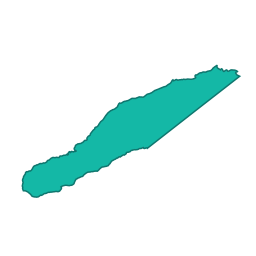 outline of Rio Cuarto, Alajuela, Costa Rica, rotated 52°
{"feature_id": "36466004B916692676755", "entity_name": "Rio Cuarto", "entity_type": "district", "adm_level": 2, "iso_a3": "CRI", "parent_name": "Costa Rica", "parent_adm1": "Alajuela", "projection": "equal_earth", "projection_center": [-84.219, 10.409], "detail": "fine", "context": "isolated", "style": "filled", "palette": "teal", "viewbox_px": 256, "rotation_deg": 52, "n_neighbors": 0, "source": "geoboundaries", "source_scale": "gbopen_adm2", "svg_char_len": 5891}
<svg xmlns="http://www.w3.org/2000/svg" viewBox="0 0 256 256"><g transform="rotate(52 128 128)"><path d="M156.0,8.1L154.2,9.0L153.9,9.4L151.3,9.4L150.8,9.2L150.6,8.8L150.6,8.1L150.7,7.6L151.0,7.1L150.9,6.9L149.6,7.3L148.2,8.2L147.1,9.4L146.9,9.8L146.5,10.0L146.3,10.2L146.2,10.3L145.6,11.2L145.4,12.4L145.3,13.2L144.9,14.2L144.4,14.5L143.7,14.4L143.3,14.4L143.0,14.5L142.7,15.2L142.6,15.9L142.6,17.3L142.3,17.8L141.0,17.9L140.2,17.6L139.4,17.6L138.9,17.9L138.9,18.0L138.9,18.8L139.1,19.3L135.9,20.5L135.2,20.5L134.4,20.1L133.6,19.4L133.4,19.5L133.2,21.8L133.2,24.3L133.6,25.4L133.7,27.4L133.1,28.8L132.4,30.1L132.1,30.9L132.1,31.4L131.7,32.5L131.2,33.1L130.4,33.9L130.4,34.0L130.0,34.6L129.8,35.4L129.8,35.9L129.0,37.1L128.7,38.0L128.6,40.8L128.5,41.0L128.3,41.5L127.9,41.9L127.9,42.5L128.2,43.1L128.9,43.5L129.7,43.5L130.0,43.7L130.0,44.8L129.5,46.1L129.5,46.4L128.6,48.1L127.5,49.4L127.1,49.8L126.1,50.9L126.1,51.1L125.2,52.6L124.9,53.2L124.3,53.6L123.7,54.3L123.4,55.4L122.7,56.0L122.5,56.6L121.7,57.8L121.4,58.4L121.3,58.8L121.1,59.2L120.7,59.6L120.4,59.6L119.8,59.8L119.4,60.3L119.2,61.9L118.7,63.1L118.0,62.9L117.7,62.9L117.7,63.6L117.8,64.1L118.6,65.9L118.8,66.9L118.8,68.0L118.5,69.4L118.5,72.4L118.2,73.2L117.7,74.2L117.5,74.9L115.1,83.4L115.0,83.5L115.0,83.8L114.9,84.0L114.9,84.9L114.8,85.4L114.8,87.4L114.6,88.1L114.6,88.4L114.5,88.5L114.5,88.8L114.4,88.9L114.1,90.1L113.7,90.9L113.6,91.0L113.3,92.0L113.2,92.1L113.2,96.6L113.0,97.2L112.6,97.6L112.0,98.1L111.5,98.9L111.2,99.1L110.9,99.5L110.7,99.6L110.5,99.9L110.3,100.3L110.3,100.6L110.2,100.7L110.1,101.0L110.0,101.5L109.8,102.2L109.5,102.9L109.4,103.7L109.2,104.1L108.9,104.3L108.8,104.6L108.3,105.1L108.0,105.6L107.6,105.9L107.0,106.9L107.0,107.5L106.9,107.7L106.9,108.0L106.8,108.7L106.6,110.0L106.5,110.8L106.3,111.3L105.9,112.1L105.5,113.2L104.9,114.2L104.5,115.4L104.4,117.1L104.3,117.9L104.1,118.5L103.7,118.8L103.2,119.1L103.2,119.9L103.3,120.6L103.6,121.0L104.1,122.2L104.8,123.3L104.8,127.2L104.1,128.9L104.0,130.0L103.9,130.3L103.8,130.8L103.7,131.0L103.7,134.4L103.9,134.9L103.9,135.4L104.2,136.2L104.2,136.8L104.5,137.2L104.5,137.8L106.1,142.5L106.1,142.8L106.2,143.2L106.2,145.6L107.2,148.9L107.6,149.5L107.9,150.8L107.9,152.3L107.4,153.1L107.4,153.8L107.9,154.5L108.3,154.9L108.3,156.8L108.4,157.3L108.8,158.6L108.8,158.9L109.1,160.0L109.4,161.1L109.6,161.3L109.9,161.8L110.2,162.0L110.3,162.2L110.3,163.1L110.1,163.8L110.1,164.7L110.4,165.7L110.7,166.6L110.9,166.8L111.6,167.1L111.9,167.3L112.0,167.4L112.0,168.3L111.9,168.8L111.5,169.1L111.2,169.6L111.2,170.5L111.5,171.9L111.5,172.4L111.3,172.8L111.3,174.3L109.8,177.1L109.6,177.4L109.6,178.3L109.4,179.0L109.4,179.7L109.6,180.4L110.0,180.9L110.5,181.7L110.8,182.8L111.4,183.3L112.3,183.5L113.1,183.5L113.4,183.3L113.6,183.0L114.2,183.1L114.2,183.3L114.1,183.9L113.5,184.6L113.2,185.8L112.8,185.9L112.5,186.2L112.3,186.6L112.0,186.7L111.7,186.9L111.7,187.6L111.9,188.1L111.8,188.7L111.4,188.7L111.0,188.4L110.9,188.4L110.6,188.7L110.6,189.6L110.9,190.4L111.1,190.8L111.8,191.0L112.0,191.2L112.1,191.6L112.1,192.1L111.6,192.2L111.3,192.1L111.1,192.1L111.1,193.3L110.8,194.3L110.2,195.0L109.8,195.6L109.7,196.2L109.4,197.4L108.3,198.7L108.3,199.2L108.8,200.1L108.8,200.5L107.5,202.0L107.0,202.4L106.6,203.5L106.1,204.2L105.2,205.0L104.8,205.7L104.7,206.5L104.5,207.2L104.7,209.9L104.2,211.0L104.2,211.9L104.7,213.0L104.7,213.3L104.4,214.9L104.1,215.6L103.6,215.9L103.1,217.5L102.5,218.6L101.9,219.0L101.6,220.3L101.6,220.7L101.2,222.3L100.9,222.5L100.8,223.4L100.6,224.1L100.4,224.4L100.2,225.6L100.2,226.2L100.5,226.6L101.0,228.1L101.5,229.0L101.8,230.3L101.8,230.9L101.7,231.6L101.0,232.3L100.8,233.8L100.0,234.8L100.0,235.8L100.3,236.5L101.0,237.1L101.1,237.5L101.5,238.9L102.0,240.2L102.2,240.5L103.0,241.3L103.5,242.5L104.4,243.4L106.5,244.3L107.3,245.5L107.7,245.9L108.4,246.8L109.0,247.2L109.8,247.3L110.2,247.8L110.9,248.4L113.0,249.1L113.6,248.5L114.0,247.8L114.7,247.3L115.3,247.1L116.5,246.4L120.2,245.6L122.8,245.6L123.2,245.3L123.4,245.2L124.2,244.5L124.3,244.5L124.4,244.3L124.5,244.3L125.1,243.8L125.6,243.1L126.2,242.6L127.0,241.1L127.1,240.1L127.1,238.6L127.2,238.1L127.6,237.9L127.8,237.6L128.0,236.8L128.1,236.3L128.1,234.7L128.3,234.1L128.9,233.2L129.2,232.3L129.4,231.1L129.5,230.8L129.9,230.0L130.4,229.5L130.6,228.9L131.7,227.3L132.3,226.0L132.6,225.8L133.6,223.9L133.9,223.5L134.7,222.8L135.2,222.2L135.5,221.3L135.6,220.6L135.2,219.1L134.9,218.0L134.3,217.3L133.9,217.1L133.1,217.1L133.1,216.5L133.4,215.2L134.4,212.9L134.8,212.3L135.5,211.5L135.7,211.3L136.3,210.8L136.5,210.6L137.4,209.6L137.7,208.7L138.1,208.2L138.3,207.8L138.3,207.6L138.5,207.4L138.6,206.9L138.7,205.7L138.6,204.8L138.0,204.0L136.6,201.3L136.6,200.9L136.4,200.6L136.4,200.2L136.7,199.2L136.7,198.0L137.1,197.1L137.4,195.6L137.5,195.0L138.0,194.1L138.1,193.7L138.1,192.6L137.7,191.5L137.8,188.2L138.1,186.8L139.5,184.7L139.8,183.8L140.8,182.5L141.0,181.9L141.6,180.6L141.9,180.3L142.4,179.5L143.0,179.0L143.1,178.9L143.1,178.5L143.2,177.9L143.1,177.7L143.1,176.8L142.8,175.6L142.8,174.2L142.7,173.7L142.7,173.0L143.1,171.9L143.7,171.0L143.9,170.4L144.1,169.9L144.7,169.0L145.5,166.7L145.2,165.8L145.0,165.1L145.0,164.1L144.5,163.0L144.3,162.0L144.1,161.7L144.1,160.4L144.3,159.6L144.3,158.8L144.8,157.1L144.8,156.4L144.7,155.7L145.2,154.9L145.3,154.5L145.3,154.3L145.2,154.0L145.2,153.3L145.3,152.5L145.5,152.3L146.0,152.1L146.0,151.3L146.1,151.1L146.1,149.6L146.3,149.2L146.3,148.3L146.5,147.9L147.1,147.5L147.1,145.2L146.6,144.7L146.5,144.4L146.5,143.9L147.2,142.8L147.9,141.0L147.7,140.0L147.7,139.2L148.1,138.7L148.3,137.8L148.8,136.9L149.2,136.1L149.4,135.8L149.9,135.4L150.2,134.8L150.8,133.8L151.1,133.0L151.1,132.5L151.2,131.8L151.5,131.3L151.8,130.9L152.3,130.1L152.7,128.2L152.9,127.9L153.6,128.1L154.1,127.9L154.5,127.2L154.9,125.9L155.1,125.5L155.3,125.2L155.9,125.3L155.9,54.5L156.0,8.1Z" fill="#14b8a6" stroke="#0f766e" stroke-width="1.5"/></g></svg>